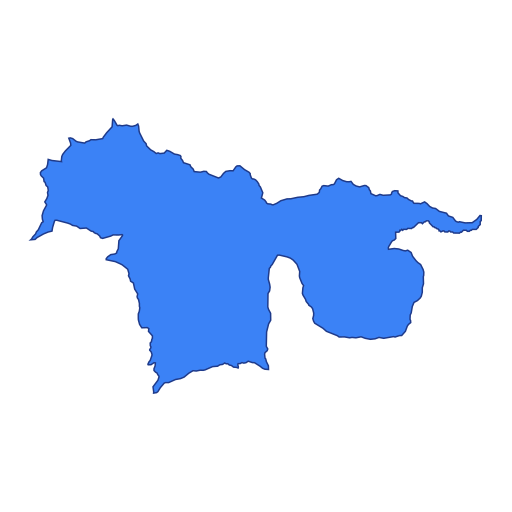 outline of Merak, Tashigang, Bhutan
{"feature_id": "84629894B35565609446545", "entity_name": "Merak", "entity_type": "district", "adm_level": 2, "iso_a3": "BTN", "parent_name": "Bhutan", "parent_adm1": "Tashigang", "projection": "albers", "projection_center": [91.904, 27.249], "detail": "fine", "context": "isolated", "style": "filled", "palette": "blue", "viewbox_px": 512, "rotation_deg": 0, "n_neighbors": 0, "source": "geoboundaries", "source_scale": "gbopen_adm2", "svg_char_len": 6062}
<svg xmlns="http://www.w3.org/2000/svg" viewBox="0 0 512 512"><path d="M153.6,393.1L156.6,392.6L157.9,391.6L160.3,387.7L164.2,383.1L165.5,382.6L168.6,382.6L175.5,379.5L180.5,378.6L184.1,377.1L188.8,373.2L193.0,370.7L196.3,371.0L200.2,370.2L203.1,370.3L205.0,369.9L212.6,366.6L217.6,366.2L219.8,364.8L222.6,364.4L224.7,363.0L226.2,363.8L227.7,363.7L229.3,365.0L231.4,365.5L233.5,367.1L236.5,367.4L238.1,368.0L238.4,367.0L237.8,364.9L238.1,363.6L240.1,363.6L241.9,362.6L243.8,363.1L246.0,362.7L248.2,361.2L252.4,362.6L254.5,362.7L259.9,366.1L262.5,368.2L264.8,369.2L268.5,369.5L268.4,365.8L266.4,361.7L265.7,358.9L265.0,358.1L264.6,354.2L265.0,352.6L267.1,350.8L267.6,349.6L267.7,348.8L266.4,346.6L266.3,345.8L266.6,331.9L268.6,323.9L270.7,320.2L270.6,313.3L268.5,309.3L267.8,307.0L268.0,293.5L269.6,290.9L270.1,287.2L269.6,284.0L268.3,279.4L268.3,277.7L269.3,268.4L270.4,267.3L270.8,266.0L272.2,264.5L277.5,255.2L279.5,255.1L287.1,256.9L290.3,258.1L293.1,260.0L297.0,264.3L299.7,271.4L299.4,276.0L299.7,277.7L302.0,283.4L303.6,285.6L302.9,287.8L302.4,293.4L303.0,295.1L305.5,299.3L306.2,301.5L308.6,304.4L308.8,305.2L311.4,307.0L312.6,308.7L313.7,313.1L313.6,315.6L312.8,318.6L313.6,321.2L314.7,323.2L322.9,328.2L326.4,331.3L337.4,335.7L339.1,337.0L344.5,336.9L349.6,337.8L352.0,337.4L355.9,337.8L361.1,336.8L365.2,338.3L370.4,339.3L375.1,338.8L379.0,337.4L383.7,338.3L393.5,336.6L395.1,337.0L399.4,335.6L401.7,335.5L405.4,331.3L407.3,326.1L408.5,324.4L410.7,322.6L410.6,320.6L410.0,319.4L410.2,315.0L411.2,312.9L412.3,306.5L414.0,302.4L417.4,300.6L420.2,298.0L421.3,296.2L422.3,292.2L422.3,287.7L423.5,283.8L423.3,276.7L423.7,275.4L423.8,272.1L423.1,269.5L420.6,264.5L417.9,262.6L416.0,260.7L412.6,256.3L411.1,252.5L409.5,251.4L407.7,250.2L405.4,250.9L403.2,250.5L398.8,249.0L394.3,248.5L388.5,249.3L388.3,247.8L388.7,246.6L391.4,242.1L392.4,240.8L394.3,240.0L395.8,238.5L395.6,232.2L398.9,232.1L399.8,231.3L399.8,230.3L400.8,230.3L401.8,229.3L402.7,230.3L403.7,229.3L406.7,229.4L407.7,228.4L411.6,228.5L412.6,227.5L413.5,227.5L418.5,222.7L421.5,222.7L422.4,223.7L424.4,221.8L425.4,221.8L426.4,220.8L428.3,220.8L429.3,221.8L429.3,222.8L433.1,226.8L434.1,226.8L435.1,227.8L436.1,227.9L437.0,228.8L438.0,228.9L439.0,229.9L439.0,230.8L439.9,230.9L440.9,231.9L442.9,230.9L443.9,230.9L444.8,231.9L447.8,232.0L448.7,231.0L449.7,231.0L450.7,232.0L452.7,232.0L453.6,233.0L459.5,233.1L460.5,232.1L461.5,232.2L463.4,230.2L466.4,230.3L467.3,231.3L469.3,231.3L470.3,230.3L471.3,230.3L472.3,229.4L476.2,229.4L478.2,227.5L478.2,226.5L480.2,224.6L480.2,221.6L481.2,220.6L481.3,215.7L480.0,215.5L476.8,219.4L472.2,222.7L465.2,222.9L459.4,221.7L458.5,222.2L457.2,221.9L455.6,221.1L452.8,217.4L448.4,215.9L446.5,213.2L439.4,211.4L435.6,208.5L432.5,208.0L429.6,206.4L427.0,203.6L424.6,201.9L420.5,203.8L419.1,203.4L414.1,203.3L413.5,202.9L412.5,201.0L411.5,201.0L408.6,199.5L407.0,198.0L404.5,197.6L402.9,196.5L400.5,195.7L398.0,192.9L397.9,190.9L394.7,190.7L392.4,191.5L391.7,192.8L391.4,194.2L390.3,194.9L383.2,195.3L379.9,194.4L377.1,195.6L375.7,195.8L370.9,193.6L370.4,191.0L369.4,189.8L368.7,187.6L366.0,185.6L364.4,185.5L359.6,186.9L356.1,186.0L353.3,184.4L351.0,181.4L349.0,181.8L346.5,181.7L342.6,180.5L338.7,178.3L336.5,179.8L334.4,183.9L333.3,184.6L331.4,184.7L328.2,186.1L323.7,185.6L322.1,186.2L320.7,188.9L319.6,190.0L319.3,192.4L317.2,194.2L308.9,195.4L303.9,196.7L297.7,197.3L290.7,198.8L287.0,198.9L280.9,200.7L276.8,203.3L273.3,204.8L272.2,204.8L270.8,204.1L267.7,203.8L266.6,203.1L266.2,202.1L264.7,200.1L261.4,198.0L262.8,192.8L260.4,187.0L259.1,185.5L258.8,184.0L257.3,181.7L255.6,179.9L253.8,179.0L252.4,178.9L251.4,178.0L250.2,174.7L250.2,173.6L249.1,172.3L244.5,169.6L239.9,165.8L237.1,165.9L235.8,166.9L233.1,170.8L230.0,170.7L225.8,171.4L223.5,173.4L220.9,176.9L218.5,178.0L208.9,174.2L207.3,172.8L206.4,171.5L203.8,171.3L200.4,172.2L194.2,171.6L193.2,169.1L190.7,166.6L190.0,164.8L183.5,162.7L182.5,160.4L180.8,158.3L180.9,156.4L180.2,155.5L177.5,154.6L174.5,154.1L169.7,151.3L166.8,150.3L164.2,153.1L159.9,153.6L158.1,152.9L156.2,153.5L153.8,151.6L150.6,149.8L146.6,145.9L146.1,143.7L143.7,141.1L139.6,132.9L139.1,131.2L138.6,126.1L137.8,124.0L135.8,125.4L132.6,126.3L130.8,126.3L126.6,125.1L122.2,125.8L119.3,125.3L117.8,125.7L117.0,125.2L114.3,120.5L113.0,118.9L112.7,119.3L112.1,126.8L106.7,132.7L103.3,137.2L102.7,138.6L95.7,139.8L90.9,139.7L89.6,140.7L86.1,141.8L84.7,143.1L77.6,141.9L76.0,141.2L72.7,138.6L70.3,137.9L68.8,138.2L70.6,143.1L70.8,145.4L65.4,150.9L62.7,154.4L61.8,156.5L61.3,160.9L61.5,161.6L51.9,160.5L48.2,159.4L47.6,164.5L46.5,167.8L41.7,170.8L40.4,172.6L40.5,174.5L41.2,175.8L43.6,178.2L44.1,181.6L45.1,182.3L46.1,185.5L47.7,186.9L48.2,189.9L48.2,190.8L47.5,192.5L48.0,195.3L46.8,198.6L44.8,201.9L46.5,204.5L46.5,205.3L43.5,210.8L42.1,215.6L42.4,219.2L43.2,221.7L41.7,222.7L38.3,229.8L36.4,231.9L35.6,233.9L32.8,236.9L31.6,239.0L30.7,239.8L35.1,239.4L37.0,237.6L43.6,233.9L48.2,232.0L52.0,231.1L52.6,227.4L54.4,221.4L55.0,220.3L56.7,220.2L67.7,223.1L70.5,224.1L72.5,225.4L76.6,226.1L80.1,228.5L86.4,228.0L91.1,231.1L93.4,231.6L94.1,232.6L95.6,233.4L97.2,233.8L99.7,236.0L100.5,237.7L102.6,238.4L110.7,236.1L113.1,234.9L118.6,235.0L122.1,234.6L122.5,234.9L122.5,235.6L118.9,240.7L118.3,248.8L116.9,251.5L116.6,253.0L114.8,254.0L110.8,254.6L107.7,256.8L106.2,258.7L106.2,259.7L115.3,261.6L119.8,263.6L122.2,264.8L127.7,269.2L129.0,273.7L128.5,275.8L130.1,278.9L130.6,281.2L133.4,283.0L134.7,289.1L137.7,293.9L137.1,296.6L137.4,297.9L138.5,299.5L139.4,303.4L139.4,306.3L139.8,307.8L139.3,311.3L138.3,313.9L138.3,318.1L138.4,319.9L139.6,324.4L141.8,327.8L147.3,327.6L148.8,328.6L148.5,331.4L152.4,335.8L152.4,338.4L151.9,339.2L151.4,341.7L150.2,343.0L150.3,345.7L150.9,346.9L150.8,347.9L149.7,349.6L149.7,350.2L151.2,351.9L152.0,354.4L151.9,355.5L150.2,360.4L149.0,361.8L147.9,364.2L148.2,364.8L151.0,364.7L154.0,362.7L155.4,362.9L155.1,366.0L154.0,368.7L154.0,370.5L155.6,372.2L157.0,373.0L157.8,374.7L158.9,376.1L159.0,376.9L157.9,380.3L153.0,386.8L153.7,391.9L153.6,393.1Z" fill="#3b82f6" stroke="#1e3a8a" stroke-width="1.5"/></svg>